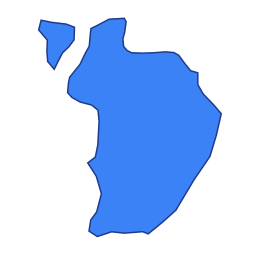 outline of Sarajevo-romanija, rotated 92°
{"feature_id": "BIH-4806", "entity_name": "Sarajevo-romanija", "entity_type": "state/province", "adm_level": 1, "iso_a3": "BIH", "parent_name": "Bosnia and Herzegovina", "parent_adm1": "", "projection": "orthographic", "projection_center": [18.669, 43.854], "detail": "fine", "context": "isolated", "style": "filled", "palette": "blue", "viewbox_px": 256, "rotation_deg": 92, "n_neighbors": 0, "source": "natural_earth", "source_scale": "10m", "svg_char_len": 959}
<svg xmlns="http://www.w3.org/2000/svg" viewBox="0 0 256 256"><g transform="rotate(92 128 128)"><path d="M73.0,60.1L82.2,59.7L91.2,54.2L102.3,42.8L110.5,35.3L132.2,39.5L153.5,45.1L177.9,60.5L208.5,77.3L220.7,90.0L233.1,104.1L231.1,109.7L233.2,128.1L232.3,140.8L237.5,154.9L232.4,163.4L221.2,162.0L213.0,156.4L194.6,152.3L177.3,158.0L164.3,167.0L158.1,159.6L146.2,157.6L122.5,157.1L111.3,158.6L106.3,165.1L103.8,176.6L99.4,185.1L94.8,189.6L85.4,189.1L79.3,188.1L78.4,187.4L65.9,178.1L55.5,173.6L47.6,169.6L36.8,169.0L29.9,168.5L26.7,162.5L19.9,150.6L19.2,142.6L18.5,135.6L21.8,133.6L32.2,134.6L39.0,136.2L46.6,135.2L50.5,131.7L52.7,127.2L52.7,116.2L52.0,105.8L50.6,93.3L51.0,84.8L53.5,79.9L61.1,73.9L68.6,67.4L70.4,60.2L73.0,60.1ZM23.3,218.6L25.1,207.9L26.3,193.4L29.2,185.0L36.7,185.0L41.8,185.0L49.0,190.0L55.1,196.0L63.4,200.0L71.9,203.8L64.3,210.6L54.4,211.7L43.0,211.7L33.1,220.7L23.3,218.6Z" fill="#3b82f6" stroke="#1e3a8a" stroke-width="1.5"/></g></svg>